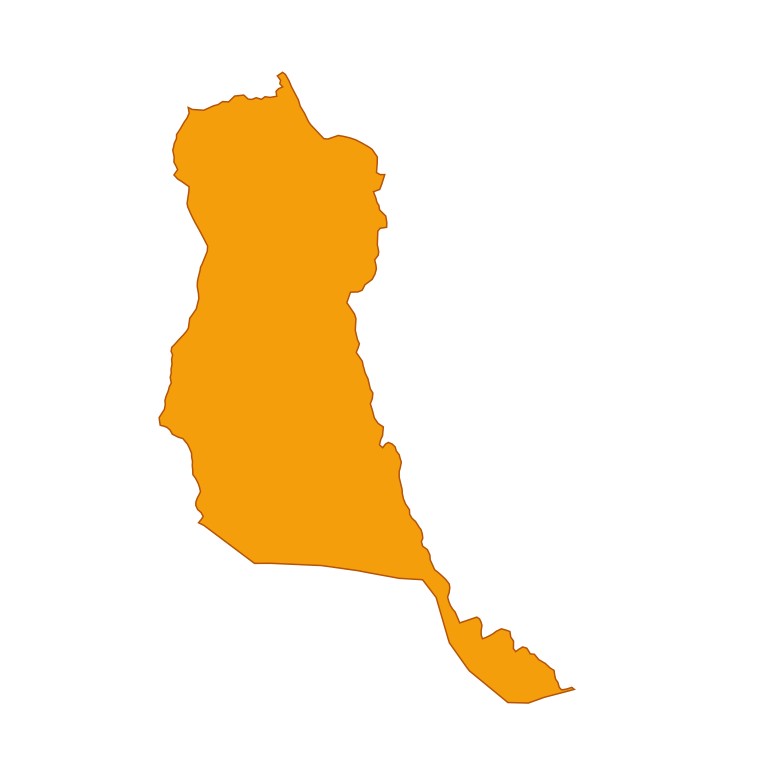 the district of Tianguá, Ceará, Brazil, rotated 107°
{"feature_id": "56859067B23050099272631", "entity_name": "Tianguá", "entity_type": "district", "adm_level": 2, "iso_a3": "BRA", "parent_name": "Brazil", "parent_adm1": "Ceará", "projection": "mercator", "projection_center": [-41.046, -3.659], "detail": "fine", "context": "isolated", "style": "filled", "palette": "amber", "viewbox_px": 768, "rotation_deg": 107, "n_neighbors": 0, "source": "geoboundaries", "source_scale": "gbopen_adm2", "svg_char_len": 3615}
<svg xmlns="http://www.w3.org/2000/svg" viewBox="0 0 768 768"><g transform="rotate(107 384 384)"><path d="M176.8,652.1L181.9,649.5L187.3,650.1L191.5,651.5L200.7,653.7L206.1,655.3L210.1,654.2L215.3,654.9L218.5,654.5L222.1,654.4L228.3,651.0L233.2,649.8L236.2,646.8L239.3,644.0L245.5,646.0L248.3,641.2L249.4,637.0L252.3,628.1L257.0,626.9L260.5,626.4L268.9,625.1L272.1,623.4L277.7,618.6L281.7,614.9L285.1,611.6L288.5,608.0L290.7,605.7L295.3,601.1L303.6,593.0L308.9,591.8L322.7,593.0L325.9,593.6L329.1,593.1L337.1,592.7L341.0,592.3L345.6,591.0L351.7,587.9L356.6,586.0L367.2,585.5L373.9,587.6L377.9,589.0L387.8,587.4L391.3,588.3L395.5,590.1L398.9,591.8L402.6,593.6L407.0,595.6L411.0,597.7L415.1,597.1L417.9,594.7L422.6,594.3L427.1,592.5L432.1,592.0L435.6,590.7L440.1,590.4L445.3,587.7L449.2,588.5L453.6,588.3L459.5,588.8L463.7,588.7L467.8,587.1L472.6,586.6L477.8,588.1L481.9,589.2L485.5,587.6L488.9,585.9L488.7,582.6L488.9,578.8L490.6,575.1L493.9,571.7L495.0,565.2L495.0,560.3L497.0,557.4L498.9,554.4L502.2,551.3L506.3,547.9L510.2,546.5L514.0,544.5L518.1,543.5L522.6,541.6L526.5,540.3L529.2,536.7L533.4,532.6L537.1,530.0L540.7,528.0L544.1,528.5L547.6,529.2L551.7,529.4L555.1,528.5L558.5,525.5L560.5,521.2L563.5,518.2L566.8,519.1L570.9,520.8L571.9,514.8L580.0,492.4L586.7,473.9L593.4,455.4L588.6,440.0L575.9,390.7L570.1,354.1L568.8,341.9L566.8,324.7L565.4,312.7L559.9,289.9L572.9,271.7L609.3,247.9L612.5,245.7L631.1,221.6L633.4,218.4L652.4,172.4L646.9,152.7L636.8,139.2L620.4,112.7L619.2,115.7L622.3,120.1L624.6,124.7L622.9,127.7L618.5,130.5L616.0,133.7L611.2,136.3L608.2,137.6L606.9,142.4L604.1,148.0L603.4,151.1L602.3,155.5L598.5,161.2L599.3,165.2L597.2,167.5L594.9,170.2L594.9,174.5L598.4,177.6L601.4,179.8L599.2,182.9L595.6,183.9L591.9,185.0L589.0,188.8L583.9,191.2L583.7,195.1L583.8,200.1L587.5,204.2L591.2,206.9L593.7,209.3L596.6,212.4L598.8,215.3L595.8,217.6L591.4,219.0L586.3,219.7L583.3,221.6L580.8,223.9L579.8,227.1L590.3,241.7L581.4,249.2L579.1,252.7L576.4,255.8L573.1,258.4L569.1,260.9L564.6,260.7L559.6,261.5L556.1,263.2L552.7,268.1L550.1,273.4L548.1,277.8L546.8,281.3L542.5,285.0L538.7,288.4L534.2,290.1L529.7,294.1L527.8,299.6L523.7,302.2L520.2,301.8L516.5,303.4L512.6,305.9L510.3,309.0L506.3,313.6L504.2,318.0L501.2,321.3L496.8,322.9L492.6,328.2L488.0,331.9L483.5,334.4L479.5,335.9L469.0,342.1L463.2,343.9L459.0,344.0L453.6,344.6L450.4,346.9L447.2,348.8L444.5,352.6L440.9,355.0L439.0,358.7L438.6,362.8L441.0,365.0L445.3,366.6L443.6,370.5L438.2,370.9L433.7,370.3L425.2,372.1L423.5,378.0L419.3,383.3L412.6,387.4L406.9,391.3L401.5,390.9L395.9,392.0L392.7,395.7L388.8,397.9L383.8,400.8L379.0,405.2L372.2,409.5L368.6,411.4L361.9,419.8L357.0,419.3L352.7,419.3L349.4,422.3L341.0,427.2L329.8,429.9L325.7,432.7L317.1,443.3L306.0,442.9L303.5,435.7L300.7,432.3L294.6,431.2L287.4,425.9L281.9,424.8L276.3,424.9L272.6,426.5L268.0,429.2L262.6,427.2L259.1,427.7L252.8,431.1L239.7,434.6L236.2,433.2L233.4,427.3L228.8,428.5L222.9,431.4L218.8,439.1L214.6,441.2L212.5,443.8L208.6,446.1L203.2,450.3L199.2,445.0L194.2,444.6L183.5,444.5L184.9,448.9L184.0,453.0L174.6,455.1L168.8,456.8L163.2,463.8L162.0,467.1L160.3,474.4L158.8,482.2L158.6,488.6L159.0,494.9L159.7,500.4L166.1,509.2L167.0,513.2L157.4,530.1L155.0,533.1L148.3,539.2L142.9,545.3L137.4,548.9L126.8,559.4L121.8,563.5L116.8,568.8L115.6,572.1L120.5,576.1L123.8,571.7L127.4,571.4L129.5,567.8L132.5,571.2L135.7,572.8L140.2,570.7L143.2,576.7L144.1,581.8L147.6,584.4L147.6,589.9L150.5,593.6L151.3,597.1L148.7,602.6L152.3,611.0L159.7,615.1L161.1,620.9L165.5,624.6L167.6,628.1L174.9,636.4L177.5,647.7L176.8,652.1Z" fill="#f59e0b" stroke="#b45309" stroke-width="1.5"/></g></svg>